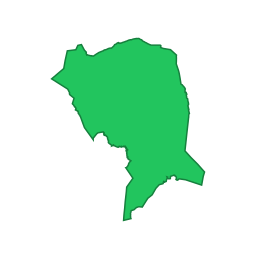 the district of Rennebu nor, Sør-Trøndelag, Norway, rotated 19°
{"feature_id": "86288312B5203152162858", "entity_name": "Rennebu nor", "entity_type": "district", "adm_level": 2, "iso_a3": "NOR", "parent_name": "Norway", "parent_adm1": "Sør-Trøndelag", "projection": "orthographic", "projection_center": [9.897, 62.766], "detail": "fine", "context": "isolated", "style": "filled", "palette": "green", "viewbox_px": 256, "rotation_deg": 19, "n_neighbors": 0, "source": "geoboundaries", "source_scale": "gbopen_adm2", "svg_char_len": 5534}
<svg xmlns="http://www.w3.org/2000/svg" viewBox="0 0 256 256"><g transform="rotate(19 128 128)"><path d="M216.2,158.0L214.9,149.4L214.7,145.4L214.7,144.7L205.7,139.6L197.3,135.5L189.3,131.1L185.2,113.2L182.9,102.9L181.9,98.5L181.9,98.2L181.8,97.9L181.2,96.0L181.1,94.9L181.3,94.2L181.2,94.1L180.8,93.7L180.6,93.0L180.3,92.8L179.9,92.5L179.6,91.7L179.7,91.3L179.6,90.9L179.4,90.8L179.4,90.6L179.1,90.5L179.1,90.0L178.5,89.6L178.6,89.4L178.4,88.9L178.1,88.5L178.0,88.3L177.7,88.1L177.5,87.7L177.5,87.4L177.3,87.2L177.4,86.8L177.4,86.6L177.6,86.2L177.4,85.8L177.4,85.6L177.4,85.4L177.0,85.0L176.9,84.6L176.6,83.9L176.3,83.7L175.9,83.2L175.7,82.7L175.1,81.4L174.7,80.8L173.9,80.7L173.6,80.5L173.4,80.0L173.4,79.9L173.3,79.4L172.5,78.2L172.5,77.5L172.1,77.1L172.2,76.9L172.5,76.8L172.4,76.6L172.0,76.5L171.4,75.5L170.8,75.8L170.7,75.6L170.2,75.5L170.1,75.1L170.1,74.7L169.9,74.4L169.6,73.7L169.5,73.3L169.5,72.8L169.3,72.6L169.4,72.4L168.5,71.5L167.4,70.8L167.1,70.6L166.4,70.3L165.6,69.8L165.4,69.6L164.0,69.3L163.5,68.9L163.1,67.9L160.8,63.6L158.7,59.8L157.3,57.6L152.7,51.6L152.2,49.8L151.0,46.1L150.3,44.4L150.1,43.3L142.7,40.1L135.5,41.3L132.6,41.3L132.4,39.8L132.3,39.5L132.0,39.3L131.4,39.2L122.9,42.1L121.5,42.1L118.6,41.8L118.2,41.6L116.0,41.4L115.4,41.2L113.8,41.0L113.2,40.9L112.8,40.5L112.2,40.2L111.3,40.2L111.0,40.3L109.3,39.8L108.3,40.1L108.0,40.2L107.8,40.4L107.2,40.7L106.8,40.6L106.4,40.8L106.2,41.0L104.0,42.2L102.4,43.5L101.5,43.8L100.1,44.7L98.3,46.4L97.4,47.0L96.9,47.6L96.6,47.7L95.2,48.8L94.8,49.0L94.5,49.4L93.6,50.2L93.4,50.1L93.1,50.4L92.5,50.5L91.3,50.4L91.3,50.6L91.1,50.6L90.9,50.7L91.0,50.8L90.9,50.8L90.6,50.9L90.1,51.2L89.8,52.0L89.6,52.3L88.7,53.1L88.3,53.5L88.1,54.1L87.9,55.1L86.4,57.8L86.2,58.0L85.5,58.1L85.4,58.2L84.9,58.4L83.5,59.3L82.8,60.1L81.4,61.3L80.1,62.0L79.8,62.6L79.5,63.0L75.9,66.1L73.4,69.2L71.9,71.3L69.8,71.6L69.8,71.8L66.6,72.1L65.4,72.0L65.2,72.3L64.0,70.9L63.9,69.9L61.4,68.6L56.8,64.3L53.7,66.2L53.2,71.0L45.5,74.8L46.6,84.5L47.9,92.7L39.8,106.4L58.3,110.8L61.3,113.7L61.5,114.8L62.2,115.5L67.3,117.4L67.5,123.2L69.1,124.0L70.0,124.8L70.6,125.4L71.0,125.2L72.3,126.2L72.7,127.0L72.4,127.2L72.5,127.5L72.4,127.7L72.4,127.9L72.6,127.9L73.1,128.2L73.7,128.2L74.5,128.4L74.7,128.2L75.1,128.3L75.3,128.7L75.5,128.7L75.7,128.9L75.7,129.2L75.9,129.6L76.1,129.7L76.1,130.0L76.4,130.4L76.4,130.5L77.0,130.7L77.6,131.4L77.8,131.4L78.4,131.7L78.8,132.4L79.3,132.7L86.7,141.8L98.9,150.4L98.6,149.6L98.5,148.3L98.7,147.8L99.1,147.4L99.3,146.4L100.4,143.5L101.1,142.4L105.7,139.8L106.1,139.8L106.3,140.0L106.6,140.1L106.7,140.4L107.1,140.5L107.1,140.8L107.2,141.0L107.3,141.3L107.2,141.3L107.3,141.4L107.2,141.5L107.2,141.8L107.3,142.1L107.8,142.6L108.3,142.6L108.6,142.5L108.9,142.1L109.4,142.2L110.4,142.7L110.4,142.9L110.6,142.9L111.5,143.3L111.8,143.7L111.8,143.9L112.0,144.3L112.1,144.5L112.3,145.0L112.9,145.5L113.1,145.9L113.5,146.1L113.5,146.4L113.7,146.5L113.8,146.8L114.0,147.3L114.0,147.8L114.5,148.4L116.0,149.0L116.6,149.0L116.8,149.2L117.7,149.5L118.0,149.8L118.7,149.6L118.5,149.9L118.5,150.2L119.1,149.6L119.5,149.7L119.8,149.4L119.6,149.0L119.7,148.8L119.8,148.7L120.3,149.1L120.8,149.2L121.1,149.3L121.6,149.2L122.1,149.4L123.3,149.4L123.8,149.5L125.0,149.4L125.3,149.1L125.4,148.4L125.7,148.1L125.9,148.1L126.3,148.3L126.4,148.2L126.6,148.0L127.2,147.8L127.4,147.9L127.5,148.2L127.8,148.3L127.9,148.2L128.1,147.8L128.1,147.4L129.0,147.5L129.9,147.1L130.0,146.9L129.8,146.8L129.9,146.6L130.6,146.8L130.6,146.7L130.9,146.3L131.1,146.1L131.5,146.2L131.7,146.6L132.0,146.7L132.2,146.8L132.2,147.1L131.9,147.1L131.9,147.3L132.0,147.4L132.3,147.4L132.6,147.1L132.8,147.1L133.0,147.6L132.8,147.9L132.8,148.1L133.0,148.2L133.2,147.9L133.3,147.9L133.5,148.4L133.5,148.5L133.8,148.2L134.1,148.3L134.0,148.6L133.7,148.7L133.7,148.8L133.8,148.9L134.0,148.7L134.2,148.8L134.1,149.1L134.5,148.8L134.7,148.7L134.8,149.0L134.5,149.6L134.5,149.8L134.4,150.6L134.3,151.0L134.6,151.1L135.0,151.7L135.0,152.3L135.4,152.7L135.4,152.8L135.3,153.0L135.7,153.4L135.8,153.9L136.0,154.5L136.2,154.8L136.4,155.1L136.6,155.5L136.9,155.3L137.1,155.3L137.1,155.9L137.0,156.3L137.9,156.6L138.0,156.7L138.1,157.1L138.5,157.0L138.9,157.4L139.2,157.6L139.9,157.5L140.6,158.0L141.1,158.2L141.4,158.1L141.4,158.3L141.2,158.6L141.1,159.0L140.7,159.4L140.5,159.9L140.4,160.6L140.3,161.0L140.2,161.5L140.3,162.2L140.4,162.9L140.2,163.2L140.2,163.8L139.9,164.7L139.7,165.0L139.7,165.3L139.5,166.0L138.9,166.3L149.0,173.9L146.0,184.3L147.2,188.9L149.4,198.7L151.0,205.0L152.4,211.1L153.9,216.8L160.3,212.7L159.8,212.1L159.7,212.0L159.6,211.9L159.5,211.6L159.5,211.3L159.5,211.2L159.1,210.8L159.0,210.5L159.0,210.2L158.8,209.7L158.7,209.3L158.6,208.8L158.4,208.6L158.2,208.2L158.1,207.9L158.2,207.4L157.9,205.1L160.3,203.3L161.9,200.4L163.8,198.9L167.2,198.1L167.2,197.5L167.3,197.2L167.5,197.1L167.6,196.8L167.6,196.4L169.6,188.0L172.6,183.3L174.0,176.0L176.0,171.4L179.0,169.4L179.3,169.1L179.1,168.1L179.1,167.8L179.1,166.9L179.4,166.9L179.5,167.5L180.1,167.4L180.0,166.8L180.5,166.7L181.1,166.5L181.5,166.1L181.2,163.8L181.3,163.4L181.4,163.0L181.2,162.7L181.2,162.0L181.1,161.8L180.8,161.5L181.5,161.5L181.6,162.3L181.8,162.6L181.9,163.0L183.3,162.7L184.5,162.1L183.9,159.9L186.0,158.3L186.5,158.0L186.6,157.7L187.1,157.5L187.7,157.6L188.0,158.1L188.6,158.0L189.0,158.2L189.7,158.9L190.2,159.8L190.3,160.2L190.1,160.5L190.3,160.9L190.2,161.0L190.7,161.3L191.1,161.3L192.0,161.1L192.1,160.6L192.6,160.0L192.7,159.7L193.0,159.4L199.3,158.2L216.2,158.0Z" fill="#22c55e" stroke="#15803d" stroke-width="1.5"/></g></svg>